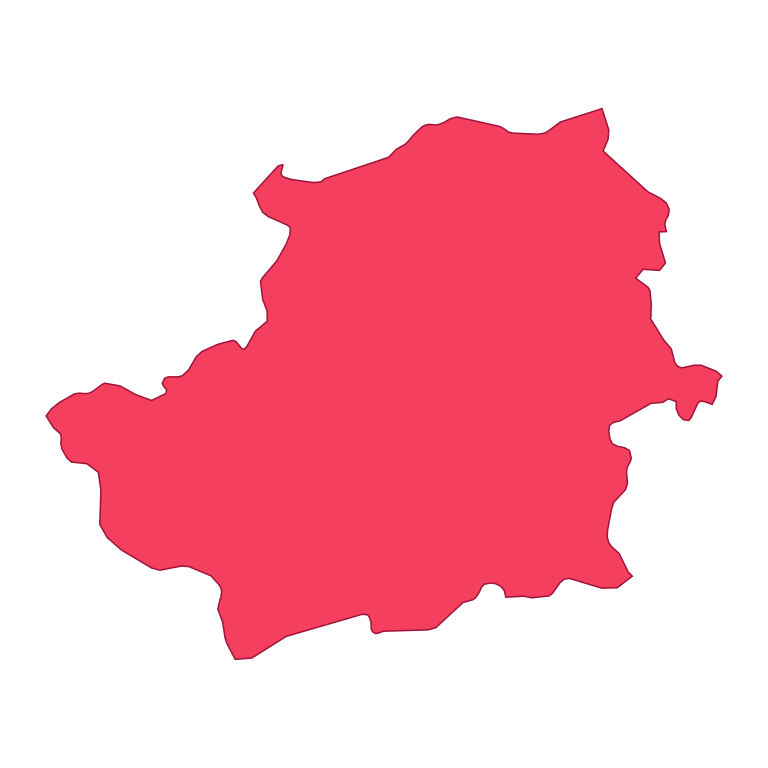 SVG path tracing the border of Turin
{"feature_id": "ITA-5434", "entity_name": "Turin", "entity_type": "Province", "adm_level": 1, "iso_a3": "ITA", "parent_name": "Italy", "parent_adm1": "", "projection": "albers", "projection_center": [7.434, 45.157], "detail": "fine", "context": "isolated", "style": "filled", "palette": "rose", "viewbox_px": 768, "rotation_deg": 0, "n_neighbors": 0, "source": "natural_earth", "source_scale": "10m", "svg_char_len": 2849}
<svg xmlns="http://www.w3.org/2000/svg" viewBox="0 0 768 768"><path d="M235.2,659.4L226.6,642.8L225.0,637.6L222.7,622.3L217.8,608.9L218.1,608.1L220.3,598.3L221.1,597.9L221.1,594.9L221.5,593.2L221.7,591.4L220.7,587.7L218.9,584.6L211.1,575.9L189.2,566.7L181.6,566.0L159.9,570.2L151.6,568.0L121.6,550.1L107.3,537.6L99.8,524.5L100.9,489.9L98.3,472.2L86.9,463.7L71.6,462.1L67.0,458.1L61.9,449.0L60.8,443.4L61.3,438.4L60.7,434.1L53.6,427.8L46.1,416.0L51.3,409.0L57.8,403.7L59.3,402.5L74.5,393.9L78.4,393.2L86.3,393.6L89.7,393.0L93.5,390.9L101.4,384.9L104.7,383.2L120.0,385.9L135.9,394.7L151.6,400.4L165.8,393.6L166.7,389.8L164.2,387.0L162.2,383.6L164.5,378.4L168.0,376.9L178.1,376.8L182.1,375.9L188.5,370.1L196.2,356.8L201.9,351.5L217.5,344.4L232.8,340.3L236.3,341.8L241.7,348.5L244.0,349.3L247.0,346.3L255.3,331.2L267.2,321.2L267.2,311.5L262.6,299.1L260.5,281.2L262.7,277.5L276.9,260.7L285.9,244.6L289.8,235.2L290.3,227.5L286.9,224.9L268.4,216.7L262.6,212.2L259.1,205.3L256.2,197.6L253.4,193.1L259.4,186.5L277.9,166.2L280.6,165.1L282.8,164.8L282.6,166.9L281.1,172.2L281.1,172.8L281.1,173.8L281.7,175.3L282.9,176.5L284.2,177.2L291.7,179.5L312.8,182.5L318.1,182.3L321.7,181.4L324.5,178.8L387.9,157.5L389.5,156.4L395.1,150.5L396.6,149.2L405.5,144.0L408.3,141.2L413.5,134.9L422.2,126.7L425.2,125.2L428.5,124.4L436.5,125.0L440.2,124.0L444.1,122.4L450.0,118.9L453.9,117.7L457.4,117.0L499.1,126.3L501.2,127.2L503.1,128.2L508.2,131.9L512.4,133.1L537.7,134.2L542.2,133.6L545.4,132.7L548.9,130.6L560.4,122.0L602.0,108.6L608.8,129.9L608.1,139.3L603.1,151.0L648.0,191.9L660.6,198.4L666.4,203.1L669.2,209.6L668.3,215.5L666.0,219.6L664.7,224.2L666.4,231.6L659.1,231.9L659.5,243.3L665.5,263.0L659.5,270.4L643.1,269.3L635.7,278.2L647.9,287.2L650.0,290.8L651.3,303.8L650.9,317.1L650.2,318.1L663.5,339.7L671.3,348.9L674.8,362.4L677.6,366.3L681.6,367.9L695.2,365.1L701.4,365.3L716.4,371.3L721.9,376.2L717.9,381.1L716.0,396.6L712.2,404.4L704.6,401.6L700.7,401.1L698.0,402.9L691.1,417.8L688.8,420.5L683.4,419.7L678.9,415.2L676.2,408.6L676.3,401.6L668.4,398.8L662.7,402.4L651.1,403.3L620.2,420.8L613.2,422.6L609.5,425.4L608.8,432.0L610.1,439.2L612.4,443.8L617.9,446.4L624.4,447.7L629.5,450.5L631.2,457.9L630.6,460.8L627.2,467.5L626.5,471.7L627.5,483.1L625.6,489.5L613.8,502.3L611.7,508.5L607.6,530.0L607.2,537.2L609.0,543.2L611.9,547.0L619.2,553.6L628.1,571.8L632.3,576.2L617.1,587.8L601.7,588.1L569.3,578.4L564.1,579.2L560.0,582.7L552.5,593.3L549.1,595.9L531.8,597.8L523.8,596.2L505.8,597.2L504.2,590.4L500.4,586.0L495.5,583.7L490.5,583.0L484.1,584.3L481.3,587.5L479.4,592.1L475.6,597.8L472.8,599.8L463.0,602.5L435.8,627.7L427.9,629.9L383.4,631.2L378.2,633.2L375.5,633.5L373.1,632.2L371.5,629.9L371.1,627.5L371.2,625.0L370.9,621.9L369.5,617.4L367.7,615.1L365.2,614.4L361.4,614.5L286.2,636.4L251.8,658.0L235.2,659.4Z" fill="#f43f5e" stroke="#9f1239" stroke-width="1.5"/></svg>